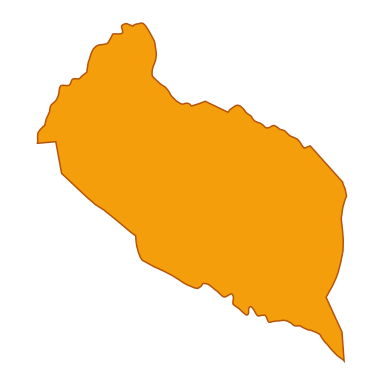 La Libertad, Francisco Morazán, Honduras
{"feature_id": "27666195B53606089505662", "entity_name": "La Libertad", "entity_type": "district", "adm_level": 2, "iso_a3": "HND", "parent_name": "Honduras", "parent_adm1": "Francisco Morazán", "projection": "equal_earth", "projection_center": [-87.505, 13.705], "detail": "fine", "context": "isolated", "style": "filled", "palette": "amber", "viewbox_px": 384, "rotation_deg": 0, "n_neighbors": 0, "source": "geoboundaries", "source_scale": "gbopen_adm2", "svg_char_len": 5840}
<svg xmlns="http://www.w3.org/2000/svg" viewBox="0 0 384 384"><path d="M344.1,361.0L342.0,332.1L326.1,297.3L333.0,284.8L336.1,278.0L338.2,272.1L340.9,261.6L343.0,250.8L343.3,240.7L342.6,231.0L341.2,218.7L342.8,207.5L344.3,202.3L345.2,199.2L346.6,196.1L345.0,188.6L342.7,183.2L342.8,182.3L310.2,145.9L308.5,146.5L305.0,147.9L304.4,148.1L304.1,148.0L303.5,147.4L302.9,146.7L302.0,145.4L300.7,143.4L299.9,142.1L298.6,140.5L298.0,139.8L297.3,139.2L296.4,138.7L295.6,138.3L293.4,137.3L290.9,136.3L290.3,136.0L289.5,135.4L288.8,134.9L286.0,132.0L284.8,130.9L284.4,130.6L284.2,130.5L282.0,129.8L280.2,129.4L279.6,129.2L279.2,128.9L278.3,128.0L277.5,127.4L275.9,126.4L274.7,125.7L274.1,125.6L273.5,125.5L272.6,125.7L271.5,126.2L269.8,127.3L269.1,127.6L268.2,127.8L267.5,127.9L266.8,127.9L266.2,127.8L265.6,127.6L265.2,127.3L264.8,127.0L264.0,126.0L263.5,125.5L262.2,124.5L260.8,123.5L260.2,123.2L258.3,122.6L256.4,121.8L255.3,121.3L254.5,120.8L253.5,119.7L252.5,118.6L252.1,117.8L251.6,116.8L251.2,116.3L250.8,115.9L250.0,115.3L249.2,114.8L247.9,114.0L247.1,113.4L246.2,112.6L245.3,111.5L244.8,110.8L244.2,109.8L243.7,109.2L241.3,106.9L240.5,106.3L240.1,106.0L239.2,105.6L238.6,105.4L238.1,105.3L237.5,105.3L237.0,105.3L236.6,105.4L235.9,105.7L235.3,105.9L233.7,106.9L233.0,107.4L230.3,109.4L229.9,109.8L229.3,110.5L228.1,112.3L205.2,101.3L200.3,103.2L196.1,104.6L191.9,105.9L191.6,106.0L191.3,105.9L191.0,105.7L190.8,105.5L190.5,104.9L190.1,104.5L189.0,103.7L188.2,103.4L187.1,103.2L186.0,103.2L185.1,103.4L184.7,103.5L184.0,103.9L183.4,104.0L182.5,104.1L181.7,104.0L181.0,103.8L180.0,103.3L177.8,101.9L176.6,101.1L175.9,100.5L173.4,98.0L172.4,97.1L171.9,96.5L170.9,95.2L170.3,94.2L169.2,92.1L168.4,90.9L167.0,89.1L165.9,87.9L165.2,87.1L164.5,86.6L163.9,86.2L162.7,85.5L162.0,85.1L159.9,83.5L159.2,82.8L153.3,77.3L152.9,76.7L152.6,76.2L152.3,75.5L152.2,74.9L152.1,74.3L152.0,73.7L152.1,71.8L152.2,70.9L152.3,70.0L152.8,67.8L153.2,66.4L153.5,65.5L154.2,64.1L154.5,63.2L154.9,62.1L155.3,61.0L155.6,59.8L155.9,58.2L156.1,56.7L156.2,55.5L156.3,54.0L156.2,52.8L154.9,43.3L154.7,42.4L154.4,41.6L154.1,40.7L153.8,39.9L152.7,37.9L151.1,35.0L149.4,31.9L147.5,28.8L145.7,26.0L145.1,25.4L144.6,24.8L144.0,24.2L143.4,23.7L143.1,23.5L142.4,23.2L142.1,23.1L141.5,23.0L139.4,23.5L136.3,24.1L135.1,24.5L134.1,24.9L133.6,25.4L132.8,26.2L131.9,25.8L131.1,25.3L130.5,25.2L129.8,25.0L127.8,24.0L127.0,23.7L126.1,23.7L125.2,23.8L124.4,24.0L123.6,24.3L122.9,24.7L122.3,25.2L121.7,25.8L121.6,26.0L121.5,26.5L121.6,27.3L122.4,30.1L122.6,31.2L122.7,31.9L122.7,32.2L122.6,32.6L122.4,32.9L122.1,33.2L121.5,33.5L121.1,33.7L119.6,33.9L117.6,34.0L115.6,33.8L114.7,33.8L113.7,33.9L112.9,34.0L112.7,34.2L112.4,34.6L111.5,36.7L110.6,38.4L109.4,40.3L108.4,42.2L108.0,42.7L107.7,43.0L107.1,43.4L106.4,43.7L105.8,43.9L105.0,44.1L102.7,44.5L99.5,44.9L98.2,45.2L97.4,45.6L96.3,46.2L95.3,47.0L94.4,47.9L93.5,48.8L93.0,49.6L92.4,50.8L91.6,52.5L90.9,54.2L89.5,58.9L88.3,62.4L88.0,63.7L87.8,65.5L87.6,66.8L87.0,69.6L87.0,70.2L87.1,70.9L87.0,71.4L86.9,71.8L86.7,72.3L86.4,72.6L85.9,73.0L84.3,74.1L82.5,75.5L81.3,76.7L80.1,78.0L79.6,78.4L79.1,78.7L78.4,78.9L73.7,78.8L73.0,79.0L72.4,79.3L72.0,79.8L71.6,80.5L71.2,81.4L70.7,83.0L70.3,83.8L70.0,84.3L69.7,84.6L69.3,85.0L69.0,85.2L68.5,85.4L68.1,85.5L66.8,85.6L65.6,85.5L63.3,85.3L62.1,85.4L61.6,85.4L61.2,85.6L60.9,85.8L60.5,86.1L60.3,86.5L60.0,87.0L59.5,88.4L59.2,90.3L58.9,93.0L58.8,93.6L58.7,94.2L57.9,96.6L57.4,97.8L57.0,98.7L56.1,100.2L55.3,101.3L54.4,102.2L53.0,103.2L52.0,104.1L51.2,105.0L50.9,105.5L50.7,106.0L50.2,107.3L49.9,108.8L49.7,109.8L49.6,111.4L49.5,111.9L49.0,113.0L46.3,118.8L44.7,125.4L44.5,125.7L44.3,125.9L43.4,126.4L42.6,127.1L40.9,128.9L39.9,130.1L39.2,130.9L38.5,132.0L38.1,132.7L37.8,133.6L37.7,134.7L37.6,137.1L37.7,141.2L37.6,142.2L37.4,143.3L55.8,141.7L61.6,173.4L86.2,196.6L95.4,204.6L103.9,210.0L116.4,220.1L131.0,232.4L135.7,235.8L136.0,240.9L136.7,246.0L138.4,252.3L140.5,257.7L142.4,260.3L154.0,266.7L163.5,271.0L171.2,274.9L178.8,279.6L183.4,282.8L187.8,285.1L194.8,288.0L197.9,288.4L201.1,286.3L202.8,283.6L204.3,283.5L205.7,283.6L206.6,283.8L207.6,284.1L208.4,284.5L209.4,285.1L213.2,288.1L215.4,290.0L217.0,291.0L221.4,295.3L221.9,295.8L222.7,296.3L223.6,296.8L224.1,296.9L224.6,297.0L224.9,297.0L225.3,296.9L226.0,296.6L226.8,296.2L230.5,294.0L230.8,293.9L231.2,293.9L231.5,293.9L231.9,294.1L232.4,294.5L232.8,295.1L233.2,296.2L233.3,297.2L233.4,298.0L233.4,298.5L233.3,299.0L233.1,300.1L232.9,302.6L232.9,303.3L232.9,303.6L233.0,304.0L233.2,304.3L233.7,304.8L234.6,305.5L239.0,308.6L241.8,311.3L243.2,312.6L244.9,314.0L246.1,314.9L246.4,315.0L246.7,315.0L247.3,314.9L247.6,314.8L247.8,314.6L248.2,314.1L248.4,313.6L248.6,312.5L248.7,308.8L248.8,308.2L249.1,307.6L249.5,307.1L250.2,306.7L250.5,306.6L250.8,306.6L251.2,306.8L251.8,307.3L252.5,308.1L253.2,308.9L253.7,309.7L254.2,310.4L255.1,312.3L255.9,313.6L256.4,314.4L257.0,315.1L257.3,315.5L257.9,315.8L258.3,316.0L258.8,316.0L260.8,315.5L262.8,315.2L263.7,315.2L264.6,315.2L265.0,315.4L265.3,315.5L265.5,315.8L265.9,316.3L266.5,317.4L266.9,318.4L267.5,320.1L268.0,321.1L268.5,321.9L268.8,322.1L269.4,322.3L270.2,322.2L273.0,321.5L275.0,321.2L276.1,321.0L277.8,321.0L279.1,320.9L281.5,320.5L282.5,320.3L283.8,320.3L285.2,320.5L286.6,320.9L287.6,321.2L288.4,321.6L289.6,322.2L290.8,322.9L291.4,323.3L291.9,323.7L292.7,324.6L293.1,325.0L293.7,325.3L294.3,325.6L295.0,325.8L295.8,326.0L296.8,326.0L297.9,325.8L298.5,325.8L299.7,325.9L300.4,326.0L301.2,326.4L302.3,327.2L302.8,327.5L307.6,329.7L308.4,329.9L309.9,330.0L311.2,330.4L314.5,331.7L316.1,332.4L318.5,333.6L319.4,334.2L319.9,334.5L320.2,334.9L320.4,335.3L321.2,336.8L322.1,338.3L323.2,339.8L323.8,340.7L325.0,342.1L327.2,344.4L330.3,348.2L332.2,350.4L335.3,353.6L337.2,355.4L339.3,357.1L340.5,358.0L342.1,359.0L343.1,359.9L344.1,361.0Z" fill="#f59e0b" stroke="#b45309" stroke-width="1.5"/></svg>